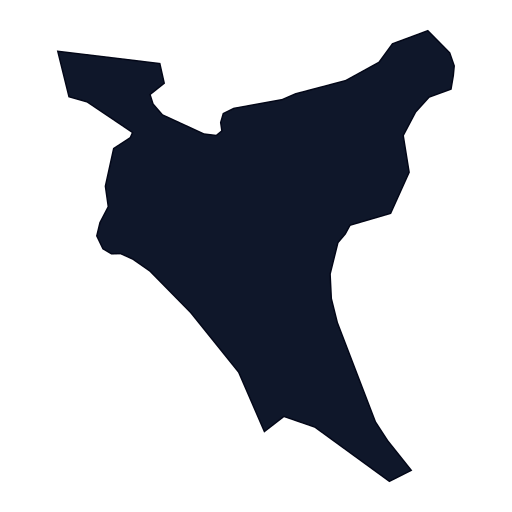 Vrhnika, Albers equal-area conic projection
{"feature_id": "SVN-1004", "entity_name": "Vrhnika", "entity_type": "Municipality", "adm_level": 1, "iso_a3": "SVN", "parent_name": "Slovenia", "parent_adm1": "", "projection": "albers", "projection_center": [14.296, 45.95], "detail": "fine", "context": "isolated", "style": "filled", "palette": "ink", "viewbox_px": 512, "rotation_deg": 0, "n_neighbors": 0, "source": "natural_earth", "source_scale": "10m", "svg_char_len": 795}
<svg xmlns="http://www.w3.org/2000/svg" viewBox="0 0 512 512"><path d="M159.8,63.6L164.2,83.2L150.0,94.5L153.0,104.0L162.4,114.9L203.9,134.0L216.3,135.5L221.9,130.9L220.7,122.5L223.3,113.6L233.8,108.4L282.3,99.6L295.6,93.8L345.7,80.6L379.0,62.3L392.5,43.8L427.8,30.7L449.7,52.9L454.2,65.9L453.3,75.5L451.0,89.1L429.1,97.1L415.6,112.0L403.2,135.5L409.1,172.3L390.6,213.3L350.0,225.2L345.2,234.0L337.9,242.6L330.1,274.0L331.3,298.5L337.3,322.6L375.4,421.9L387.6,440.7L411.2,470.3L389.4,481.3L314.9,427.1L283.9,416.4L264.4,431.5L238.7,372.2L190.6,312.4L149.9,271.0L132.8,259.1L120.6,253.6L111.5,253.8L103.0,248.8L96.8,235.9L100.0,222.6L108.3,206.7L105.4,186.2L113.7,148.5L130.3,137.7L132.6,132.5L87.2,101.9L69.0,96.7L57.8,51.3L159.8,63.6Z" fill="#0f172a" stroke="#020617" stroke-width="1.5"/></svg>